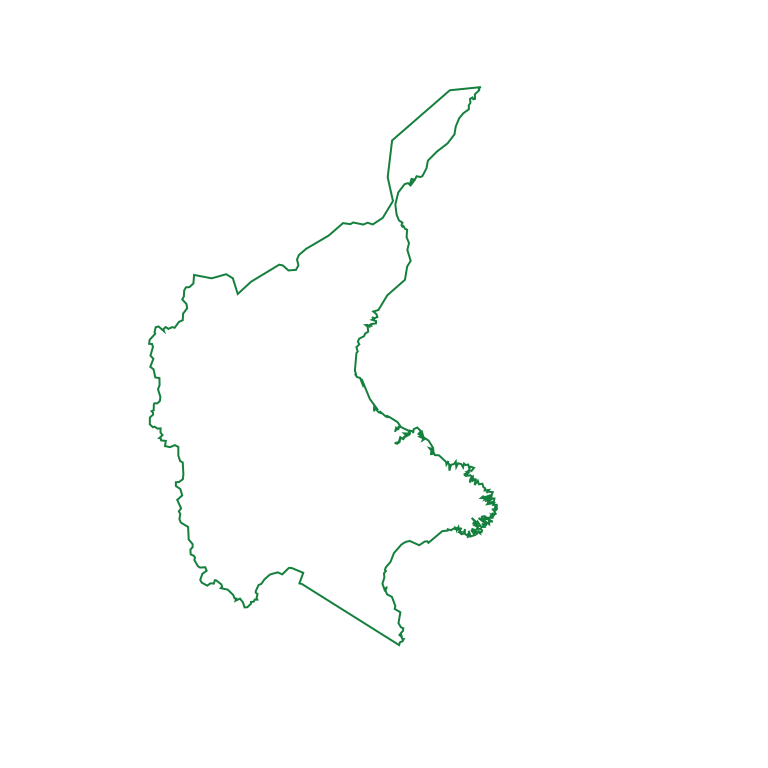 outline of Ijivitari District, Northern, Papua New Guinea, rotated 49°
{"feature_id": "67681753B98961984818312", "entity_name": "Ijivitari District", "entity_type": "district", "adm_level": 2, "iso_a3": "PNG", "parent_name": "Papua New Guinea", "parent_adm1": "Northern", "projection": "mercator", "projection_center": [148.78, -9.036], "detail": "fine", "context": "isolated", "style": "outline", "palette": "green", "viewbox_px": 768, "rotation_deg": 49, "n_neighbors": 0, "source": "geoboundaries", "source_scale": "gbopen_adm2", "svg_char_len": 6167}
<svg xmlns="http://www.w3.org/2000/svg" viewBox="0 0 768 768"><g transform="rotate(49 384 384)"><path d="M456.4,587.8L460.9,585.7L460.4,576.4L462.3,574.4L473.5,568.8L479.0,578.7L481.0,577.2L590.9,543.9L589.4,541.4L590.3,538.9L589.5,536.6L588.9,537.5L585.7,536.6L582.8,537.2L585.0,535.7L583.1,534.9L582.7,531.5L581.0,529.7L578.8,530.8L574.0,530.0L567.0,521.4L560.8,523.5L559.0,521.1L549.9,517.7L544.7,519.7L540.0,518.0L538.7,516.6L539.5,518.5L533.7,516.2L530.2,510.6L526.9,508.3L526.3,505.2L525.0,505.3L523.6,503.1L522.4,495.5L518.1,487.4L516.6,476.2L517.4,471.2L519.4,467.5L528.8,463.2L529.6,456.7L531.2,454.4L533.0,454.7L533.3,436.5L536.4,432.1L535.5,431.2L538.4,429.3L538.7,426.3L540.0,425.6L539.1,424.6L540.7,424.5L539.8,423.1L542.0,424.7L540.8,421.6L543.5,423.1L543.4,419.9L544.9,424.5L546.6,422.7L546.7,424.2L548.2,424.1L549.2,421.8L546.6,418.1L550.1,421.3L552.7,420.6L552.4,419.1L554.4,421.0L555.0,419.1L550.4,416.4L555.9,418.6L557.6,414.6L552.3,414.1L552.2,412.8L550.6,412.5L558.9,412.4L554.6,411.1L559.5,409.6L557.7,408.9L559.8,407.7L558.8,406.0L557.1,405.9L554.2,409.0L553.6,406.9L551.4,407.8L552.5,406.4L548.0,408.2L547.6,407.3L550.0,405.5L542.6,405.7L549.2,404.9L549.0,403.6L555.7,404.5L557.8,401.8L553.8,401.7L557.4,399.9L557.0,398.5L547.3,400.7L551.3,398.3L558.8,396.6L556.5,394.9L559.2,392.3L554.5,393.9L550.4,398.4L548.4,397.2L549.2,395.7L551.3,395.6L550.4,394.6L552.5,394.1L556.8,389.2L553.2,391.1L554.9,389.3L553.1,388.8L556.0,387.7L552.2,387.4L555.0,386.3L555.2,384.8L552.8,384.6L552.6,382.5L549.5,384.9L552.2,380.6L550.7,380.0L549.3,381.7L550.4,379.3L549.1,378.2L546.9,380.9L546.1,379.0L542.5,384.8L542.2,383.2L544.8,378.4L542.9,375.8L541.7,377.0L541.0,382.5L540.2,381.4L539.2,383.4L538.6,382.2L540.6,378.1L539.5,376.8L537.2,383.8L536.7,382.2L533.8,385.5L533.8,382.9L535.5,382.4L538.3,375.3L536.9,372.9L533.2,376.5L533.5,378.2L532.8,374.3L530.4,377.9L529.2,376.1L527.1,376.6L523.8,375.2L521.9,378.2L518.6,376.7L519.7,381.9L516.2,377.3L515.3,378.1L516.0,378.9L514.7,379.1L515.3,380.7L513.7,381.4L514.7,383.9L513.0,381.9L513.9,379.1L512.1,377.6L511.8,379.4L511.3,378.3L509.6,378.7L507.1,382.5L506.2,382.7L506.3,381.5L504.6,383.1L506.2,379.1L504.8,379.3L505.8,377.8L504.8,377.9L504.8,376.1L507.0,375.0L506.3,371.1L503.1,373.0L503.8,375.1L500.0,373.3L498.7,375.6L496.6,375.8L498.8,379.0L495.2,378.2L492.5,380.1L494.1,383.9L489.6,380.7L490.3,383.7L489.0,386.5L492.3,391.5L487.3,387.4L485.7,388.0L484.3,385.9L485.7,389.6L483.4,388.3L473.9,389.3L471.0,392.3L468.4,391.5L469.0,392.5L467.7,394.5L466.5,393.3L467.4,392.0L462.2,391.8L464.5,390.3L467.9,391.4L464.5,388.9L456.1,387.5L450.7,388.9L452.1,390.0L451.8,391.8L450.9,389.9L447.5,391.5L448.2,390.1L445.9,390.3L446.3,388.9L450.1,389.2L444.9,386.7L444.5,391.6L443.8,387.0L438.6,387.5L437.6,391.2L440.1,394.2L438.4,393.4L436.1,395.1L438.5,397.0L437.7,398.6L438.7,398.7L437.6,403.3L438.3,405.6L435.3,407.0L438.0,410.3L437.8,413.1L435.7,414.7L437.5,410.9L434.8,406.6L437.7,405.6L437.1,403.3L437.6,399.6L436.4,400.9L434.5,401.2L438.0,397.4L435.8,396.0L427.0,399.7L426.5,401.5L427.5,402.7L426.3,405.3L427.4,407.1L424.9,403.5L426.9,403.0L425.9,401.0L426.3,399.3L421.6,398.8L411.8,401.8L409.2,403.2L412.2,402.5L410.0,403.9L401.5,405.2L403.8,405.4L401.8,406.6L396.6,406.6L398.0,409.5L394.5,406.1L399.7,405.6L385.9,404.5L366.5,397.9L365.7,398.1L370.2,399.8L370.8,400.6L363.7,398.1L361.0,399.8L357.3,399.3L359.2,399.2L354.7,397.1L342.5,384.4L342.2,382.5L338.1,380.7L337.9,376.6L335.0,376.0L333.5,373.1L334.8,367.7L333.6,364.9L334.2,361.6L329.9,358.7L327.5,359.2L328.6,357.7L331.2,357.2L330.3,356.1L331.7,355.3L330.4,354.3L333.0,350.3L331.3,348.7L327.8,350.8L328.3,349.3L325.7,349.0L327.9,348.5L329.1,345.1L326.4,343.9L322.3,344.5L324.5,339.7L319.2,323.3L319.1,299.8L310.5,289.4L308.6,283.1L298.1,278.4L294.1,272.7L288.0,270.6L282.7,265.3L280.8,266.3L277.5,265.7L277.4,266.9L275.6,266.6L274.3,264.2L270.5,265.4L264.5,263.4L256.0,257.7L248.8,247.6L246.7,237.3L248.1,234.2L250.4,233.7L247.3,228.7L250.1,226.7L248.6,223.1L251.7,220.7L252.3,218.6L249.0,210.3L244.2,204.3L243.3,191.2L244.1,178.2L241.8,167.0L236.8,161.0L232.8,153.1L231.7,146.6L232.3,139.7L229.4,137.3L228.4,134.2L225.3,132.1L225.8,129.3L227.7,129.8L228.5,128.2L225.0,125.4L224.7,119.3L223.0,118.6L223.5,116.1L205.5,141.6L205.5,218.1L230.4,245.6L251.8,257.2L257.8,276.0L256.2,287.8L251.5,290.6L250.1,295.0L241.9,301.3L241.3,304.5L235.7,309.4L235.7,328.4L230.9,354.0L230.8,363.6L233.0,368.0L238.4,370.8L240.1,375.6L235.6,381.6L228.1,382.6L225.2,384.8L219.6,417.2L220.1,435.3L205.0,428.7L197.6,431.1L191.2,444.7L177.1,455.8L183.1,461.9L183.2,467.4L181.1,470.0L182.3,473.4L186.6,477.6L187.9,480.8L194.0,480.6L197.7,482.9L199.1,489.5L203.8,494.0L202.6,497.9L204.2,505.1L202.1,506.6L201.0,510.5L197.8,511.4L197.9,514.6L199.8,515.4L192.7,516.4L191.4,519.0L194.3,523.2L196.0,523.7L196.9,531.9L199.6,534.9L201.7,532.8L204.5,534.1L209.4,541.7L213.7,541.5L217.7,549.1L221.8,548.3L229.0,552.3L232.2,549.6L237.7,554.2L239.7,558.0L247.1,561.3L249.8,564.3L249.9,567.7L247.9,570.0L248.6,571.3L252.7,575.0L252.1,577.2L254.3,577.2L255.6,578.5L255.7,582.7L260.8,587.2L265.0,586.8L265.8,585.0L269.0,584.3L270.9,581.7L274.0,584.5L277.3,584.7L277.4,589.1L278.6,588.2L280.4,589.2L283.8,586.0L287.2,590.0L291.3,586.9L292.9,582.0L296.5,580.5L303.0,586.1L308.3,588.4L311.2,587.4L320.6,594.7L323.9,598.3L323.5,602.9L321.6,605.6L324.5,608.0L329.6,606.6L335.7,609.4L335.8,616.1L344.7,618.7L345.5,622.4L348.4,623.0L351.9,627.2L355.5,628.2L363.4,625.6L373.2,633.4L379.3,633.5L381.6,635.5L381.9,638.7L385.8,641.7L388.9,640.2L391.1,640.6L392.4,642.6L399.4,644.0L401.8,643.3L405.1,639.1L408.6,640.4L408.1,645.6L411.2,651.1L414.3,651.9L420.2,649.7L420.6,645.7L423.0,643.4L421.1,640.4L422.1,639.5L428.5,638.2L430.8,639.2L431.0,641.1L436.6,636.9L444.3,636.2L447.7,637.4L449.0,636.3L450.2,638.2L451.5,633.5L456.2,633.7L461.1,635.8L462.8,633.6L462.6,628.7L461.2,627.4L462.8,625.2L461.9,623.0L463.6,621.1L461.9,620.6L459.5,617.2L457.3,617.7L456.1,616.5L453.4,610.4L454.4,607.7L453.0,602.4L453.0,595.0L456.4,587.8ZM251.8,234.5L250.3,227.8L249.3,227.5L248.1,229.2L251.8,234.5ZM540.3,517.6L539.6,515.9L539.3,515.7L539.2,516.6L540.3,517.6Z" fill="none" stroke="#15803d" stroke-width="2"/></g></svg>